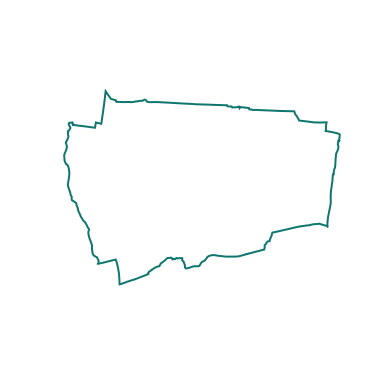 Deleni, Vaslui, Romania (Mercator projection), rotated 200°
{"feature_id": "2599482B86595247062374", "entity_name": "Deleni", "entity_type": "district", "adm_level": 2, "iso_a3": "ROU", "parent_name": "Romania", "parent_adm1": "Vaslui", "projection": "mercator", "projection_center": [27.752, 46.541], "detail": "fine", "context": "isolated", "style": "outline", "palette": "teal", "viewbox_px": 384, "rotation_deg": 200, "n_neighbors": 0, "source": "geoboundaries", "source_scale": "gbopen_adm2", "svg_char_len": 5793}
<svg xmlns="http://www.w3.org/2000/svg" viewBox="0 0 384 384"><g transform="rotate(200 192 192)"><path d="M123.5,302.8L137.5,298.1L145.8,295.5L157.7,291.7L160.1,291.0L160.9,290.7L162.3,290.0L163.0,289.9L164.5,289.8L166.4,289.2L167.2,290.4L171.3,289.4L175.4,288.4L175.9,287.1L176.5,288.1L177.1,288.4L177.2,288.2L177.1,287.8L178.4,287.4L178.8,287.1L180.9,286.1L181.9,285.8L183.1,285.2L183.3,285.3L183.5,285.5L183.8,285.8L184.0,285.9L186.4,285.1L187.9,284.7L188.1,284.7L188.2,284.8L188.8,285.5L189.5,285.2L192.3,284.3L195.1,283.4L202.3,281.0L206.2,279.8L207.8,279.3L209.4,278.7L212.4,277.8L214.7,277.0L216.7,276.3L223.5,274.3L230.3,272.2L243.0,268.4L255.8,264.5L258.7,263.4L261.6,262.3L263.1,261.8L263.8,261.6L264.7,261.5L265.5,261.6L265.8,262.0L266.2,262.3L267.1,262.7L267.4,262.7L268.3,262.5L269.0,261.8L269.4,261.0L269.9,260.7L271.4,260.2L274.6,258.4L275.9,257.8L278.6,256.2L280.0,255.6L280.8,255.4L283.8,254.4L284.4,254.2L285.0,253.8L285.5,253.7L286.4,253.3L288.7,252.6L289.8,252.2L293.7,250.9L294.2,251.0L294.8,252.1L300.1,251.8L307.6,257.1L305.5,248.2L303.3,238.3L301.2,228.1L300.8,226.8L300.8,225.4L300.7,225.0L302.3,224.9L303.4,224.7L304.2,224.7L304.9,224.4L305.2,224.5L306.0,224.5L305.8,223.0L305.2,219.2L308.7,218.4L314.0,217.3L318.6,216.2L319.6,216.0L320.4,215.8L320.7,215.7L326.0,214.6L326.3,214.4L326.8,214.2L327.4,215.7L327.9,215.6L328.3,216.4L329.0,216.0L330.2,215.4L330.9,215.1L331.2,214.5L331.1,213.7L330.5,212.9L329.6,212.2L328.8,211.5L328.3,210.7L328.1,210.0L328.3,209.4L328.5,208.6L328.5,208.0L328.8,207.4L329.4,206.7L329.1,206.0L328.5,204.4L328.2,203.5L327.5,202.7L327.2,202.1L327.0,201.4L327.0,199.5L327.1,197.9L327.2,197.2L327.4,196.3L327.5,195.6L327.4,195.2L327.1,194.8L326.0,193.3L325.3,192.3L324.9,191.6L324.8,190.8L324.7,189.4L324.6,187.8L324.7,186.0L324.8,184.7L324.8,183.7L324.6,182.7L323.9,181.0L323.4,180.0L322.6,178.1L321.9,177.2L321.0,176.3L319.9,175.2L318.8,175.0L318.1,174.7L317.3,173.8L316.3,172.7L314.8,170.1L313.8,168.1L312.8,164.7L312.3,162.3L311.9,160.0L311.4,157.5L311.0,156.0L310.1,154.7L309.3,153.6L307.4,151.2L306.4,150.1L305.0,147.7L303.8,146.7L303.4,146.4L303.1,145.5L302.8,144.4L302.4,143.7L301.9,143.2L301.0,143.0L300.1,142.8L298.9,142.5L297.8,142.2L297.0,142.0L296.7,141.6L296.4,140.8L295.8,139.8L294.8,138.9L294.1,138.1L293.5,137.2L292.5,135.5L290.0,133.0L287.8,130.6L286.8,130.0L284.6,128.1L282.0,126.9L281.2,126.3L279.8,125.0L277.6,122.9L276.2,122.0L275.9,121.3L275.8,119.3L275.0,117.1L273.9,115.5L273.0,114.1L272.0,112.8L270.6,111.3L269.6,110.0L268.5,108.7L267.3,106.9L267.1,105.7L266.5,104.3L265.8,103.0L264.9,101.3L264.3,100.2L263.2,99.3L262.9,98.9L261.6,98.5L260.2,98.3L258.8,98.1L258.2,97.3L256.8,96.1L256.0,94.8L255.7,93.9L255.7,93.3L255.9,92.4L255.7,92.4L253.8,93.6L251.0,95.4L244.4,99.9L240.6,102.4L238.6,100.0L235.3,95.0L234.3,93.2L232.6,90.1L230.6,85.6L228.5,80.5L227.6,81.0L225.7,82.5L221.6,86.0L215.6,90.6L207.0,98.1L205.0,99.9L205.3,100.2L205.5,100.6L205.5,101.1L205.0,102.5L204.5,103.0L204.1,103.6L203.8,104.1L203.5,104.6L203.2,105.0L203.1,105.5L202.6,105.8L202.0,106.7L201.1,107.9L200.5,108.7L199.1,110.0L198.0,110.7L197.6,110.9L197.3,111.2L197.2,111.9L196.9,114.1L196.5,114.8L195.3,116.4L194.8,117.3L193.7,119.1L192.9,121.1L192.3,121.7L191.5,122.0L190.5,122.4L189.5,123.0L189.1,123.2L188.6,123.1L187.9,122.5L187.5,122.1L187.1,122.0L186.7,122.4L186.5,122.7L186.2,123.0L185.5,123.0L184.9,123.2L184.5,124.0L184.1,124.5L183.7,124.8L183.1,124.6L178.8,126.5L178.2,126.0L177.8,124.4L176.0,123.6L175.4,122.8L174.6,122.0L173.2,120.0L172.7,118.6L171.7,118.1L170.1,118.8L169.0,119.7L168.4,120.0L166.9,121.4L164.6,122.9L164.0,123.2L163.0,123.6L161.9,123.9L161.0,124.3L160.1,124.8L159.8,125.1L159.6,126.2L159.5,126.7L159.3,127.7L159.2,128.5L158.8,129.5L158.5,129.9L157.8,130.6L157.1,131.3L156.6,132.0L156.3,132.6L156.1,133.5L155.7,134.5L155.5,135.4L155.2,136.2L154.8,136.9L154.3,137.6L153.4,138.2L151.7,139.5L149.8,140.2L147.6,140.7L145.2,141.1L142.9,141.7L140.4,142.3L138.4,142.8L134.1,144.3L131.4,145.3L128.0,146.6L126.1,147.5L120.2,151.7L120.1,152.1L119.2,152.4L118.5,152.7L118.3,153.2L117.6,153.7L116.9,154.0L114.2,155.9L112.5,157.1L109.7,159.0L105.4,162.0L104.6,162.5L104.6,163.2L104.6,164.5L104.9,165.1L105.3,166.3L105.5,166.8L105.4,167.3L104.9,167.9L104.8,168.7L104.5,170.1L104.1,171.3L102.3,172.3L102.5,174.7L102.3,178.0L102.5,179.8L102.6,181.3L95.8,185.6L88.6,190.3L82.3,194.4L78.3,196.9L76.7,197.6L74.1,199.1L72.6,199.9L70.9,200.6L70.1,201.1L68.8,202.0L67.8,202.7L65.9,203.7L64.8,204.2L63.7,204.6L62.7,205.1L62.1,205.5L61.4,205.7L59.9,205.8L56.0,206.0L53.4,206.2L52.8,205.9L52.8,206.1L53.3,206.7L53.5,207.2L53.9,208.6L54.4,210.0L54.7,211.5L55.1,212.9L55.4,214.0L55.8,216.4L56.3,219.6L56.7,222.3L57.0,224.5L57.4,226.8L58.0,229.7L58.9,232.0L59.9,234.4L61.0,237.8L61.8,240.7L62.2,242.2L62.3,243.5L62.7,245.4L63.1,246.7L63.6,249.5L65.4,255.8L65.5,256.6L65.1,256.6L64.9,256.8L65.0,257.6L65.8,259.8L66.1,262.3L66.0,263.8L66.3,265.0L66.6,266.6L66.8,267.2L67.2,268.4L67.5,269.3L67.7,269.8L67.9,270.7L68.5,272.7L69.0,274.7L69.1,275.3L69.4,276.2L69.6,276.9L69.6,278.3L69.6,279.1L69.4,279.6L69.4,280.3L69.4,281.5L69.4,282.4L69.6,283.4L69.7,284.3L69.9,284.6L70.7,285.9L71.3,286.6L71.5,287.4L71.5,288.1L71.8,289.0L71.9,289.7L71.1,290.1L71.1,290.6L71.9,290.5L71.7,291.8L71.7,292.6L72.0,293.2L72.1,294.2L72.4,294.9L72.5,295.6L72.7,296.4L72.9,296.6L73.1,296.7L73.2,296.8L76.1,296.8L78.5,296.5L80.3,296.3L81.6,296.0L87.3,295.1L87.3,296.1L87.9,297.4L88.1,298.2L88.9,300.5L89.0,301.7L89.4,303.5L90.2,303.2L92.5,302.2L95.4,301.1L99.1,299.8L101.8,299.0L108.1,297.6L109.8,297.2L115.8,295.8L116.1,296.1L116.6,296.6L117.1,297.1L117.5,297.5L118.2,298.1L119.0,298.6L119.1,298.8L120.3,299.6L120.8,299.9L121.4,300.3L121.8,300.7L122.4,301.3L122.7,301.7L122.9,302.1L123.2,302.4L123.4,302.7L123.5,302.8Z" fill="none" stroke="#0f766e" stroke-width="2"/></g></svg>